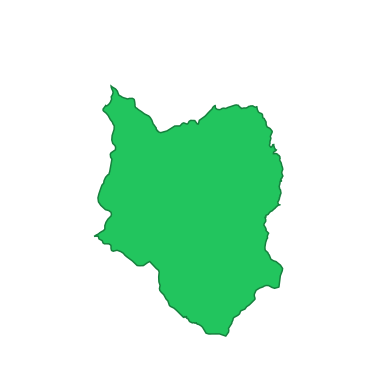 Baiut, Maramures, Romania (Albers equal-area conic projection), rotated 231°
{"feature_id": "2599482B43457010112871", "entity_name": "Baiut", "entity_type": "district", "adm_level": 2, "iso_a3": "ROU", "parent_name": "Romania", "parent_adm1": "Maramures", "projection": "albers", "projection_center": [24.002, 47.618], "detail": "fine", "context": "isolated", "style": "filled", "palette": "green", "viewbox_px": 384, "rotation_deg": 231, "n_neighbors": 0, "source": "geoboundaries", "source_scale": "gbopen_adm2", "svg_char_len": 6010}
<svg xmlns="http://www.w3.org/2000/svg" viewBox="0 0 384 384"><g transform="rotate(231 192 192)"><path d="M146.3,270.6L146.3,270.9L146.6,271.1L146.7,271.4L146.9,271.5L147.2,272.2L147.2,272.4L147.2,272.7L148.3,273.0L149.6,273.4L150.8,274.1L151.8,275.5L152.3,276.6L152.8,277.0L154.3,277.8L155.8,278.3L158.5,279.6L160.5,280.0L161.0,280.0L161.4,280.2L161.8,280.3L162.8,281.7L163.2,281.6L163.9,282.4L164.2,282.5L165.6,282.6L165.8,282.4L166.3,282.2L166.7,282.2L167.3,282.3L167.9,282.1L169.3,281.3L169.4,281.0L169.6,280.6L170.6,279.4L170.8,279.6L171.3,280.2L171.5,280.4L171.6,281.0L171.6,281.9L171.4,283.1L171.6,284.0L173.0,283.5L173.5,283.8L174.4,283.8L175.3,284.3L176.2,284.5L177.4,285.4L177.8,284.8L177.9,284.4L177.1,283.1L177.0,282.2L177.0,281.6L177.1,281.4L178.6,281.4L179.4,281.5L180.0,282.0L180.8,283.3L181.9,284.0L182.6,284.9L182.9,285.5L183.4,286.1L183.7,286.6L184.2,287.2L185.5,287.6L186.1,288.1L187.7,291.3L188.1,292.0L188.7,292.5L189.3,292.6L192.1,292.6L192.8,292.4L194.1,291.9L194.8,291.4L195.4,291.4L196.8,291.7L198.2,292.4L199.8,293.6L200.6,293.8L201.8,293.9L203.6,294.3L204.1,294.2L204.9,293.8L205.5,293.8L206.1,294.4L208.0,295.5L208.5,295.5L209.1,295.4L209.9,295.0L210.7,294.5L211.4,294.2L212.0,294.0L212.6,294.0L214.8,294.6L216.8,295.6L217.2,296.0L217.5,296.0L217.7,295.5L217.7,295.1L217.8,294.8L218.3,294.4L219.5,293.8L220.5,293.5L220.8,293.3L222.1,291.5L222.3,290.6L222.8,290.0L222.8,288.7L223.0,287.5L223.5,286.5L224.6,285.3L225.0,284.5L225.7,283.1L226.4,283.1L227.1,282.6L227.6,282.7L228.2,282.7L228.5,282.5L230.3,282.5L230.4,282.3L231.1,281.8L231.8,281.2L232.5,280.0L234.7,274.1L235.0,273.5L235.6,271.0L236.2,270.2L237.1,269.6L238.0,268.0L238.1,266.5L238.6,265.3L238.9,264.9L239.6,264.3L240.3,263.6L241.7,263.2L242.4,263.1L244.0,264.0L244.3,264.3L244.6,264.4L244.7,264.2L244.8,262.9L244.7,261.8L244.3,260.6L244.0,260.1L243.8,259.2L243.8,258.7L243.8,258.2L243.7,257.3L243.7,256.9L243.5,256.2L243.5,255.3L242.8,250.9L242.7,249.5L243.1,242.8L241.4,240.5L240.9,239.4L241.7,238.9L245.8,239.1L248.5,236.0L248.7,234.2L247.7,231.9L247.9,230.9L250.9,229.1L251.4,227.6L250.9,224.2L254.1,220.2L255.2,211.0L257.8,205.0L259.6,203.9L260.2,203.8L260.9,203.5L261.1,203.6L260.9,203.8L261.2,203.9L262.0,203.5L262.4,203.8L263.4,203.7L263.6,203.8L264.1,204.4L264.5,204.5L265.9,204.5L267.6,204.7L269.0,204.6L269.5,204.7L272.5,205.8L273.1,206.0L276.1,206.4L277.6,206.3L278.3,206.2L282.6,204.2L286.3,203.3L289.6,202.2L291.2,201.9L292.1,201.8L292.7,201.4L293.2,201.3L294.2,201.6L295.0,202.0L295.9,202.8L296.9,203.4L298.1,204.2L298.9,204.5L299.5,205.0L300.1,205.2L300.8,205.2L302.1,204.7L302.5,204.4L303.1,203.5L304.2,202.2L304.4,201.4L305.1,200.2L306.1,199.7L308.4,198.1L310.0,197.3L310.9,197.1L313.0,196.2L313.4,196.2L315.0,196.6L317.4,197.5L318.3,197.4L319.3,197.5L320.6,197.3L323.8,196.1L325.2,195.8L324.1,195.1L322.5,194.5L321.0,194.2L320.5,194.0L320.1,193.9L319.1,193.4L318.3,192.4L317.8,191.6L317.4,190.9L317.0,189.6L316.8,189.1L314.8,188.0L314.5,187.6L313.8,186.2L313.1,185.0L312.6,183.0L312.5,181.7L312.5,181.0L312.5,180.4L312.7,179.9L312.9,179.4L313.5,179.4L312.4,175.1L311.4,174.3L310.6,174.2L307.3,174.9L304.3,175.0L299.6,174.1L296.7,174.1L294.0,173.3L292.5,173.3L289.7,170.9L286.1,165.4L282.9,162.4L279.6,161.0L276.8,161.3L275.2,161.0L273.0,159.1L273.4,153.7L272.8,152.3L270.3,150.7L267.9,150.4L259.8,141.1L258.0,138.4L258.3,137.3L257.8,134.1L256.1,130.7L254.4,128.9L254.1,126.6L252.8,124.3L249.0,118.3L246.6,115.2L243.2,113.1L239.1,112.7L232.8,113.6L229.8,115.7L227.1,116.3L225.3,115.3L224.3,114.0L223.8,109.5L222.6,106.1L220.7,103.1L218.1,101.0L217.7,99.0L218.2,96.4L218.3,95.2L218.4,94.6L218.3,93.8L218.4,92.3L218.8,90.6L219.1,88.0L218.1,89.6L216.6,91.3L214.1,90.2L210.6,91.6L208.3,90.8L206.9,91.3L204.1,94.7L202.1,95.4L201.2,95.2L199.0,93.5L197.2,92.7L195.6,93.5L193.9,97.1L190.4,99.2L187.6,100.1L185.1,100.1L182.9,100.5L175.9,102.3L169.4,103.1L167.8,104.7L165.4,107.9L165.1,112.8L164.6,115.4L155.1,116.1L152.3,116.7L150.4,116.1L147.0,112.7L142.9,109.7L139.5,108.4L137.4,105.9L135.8,105.1L133.6,105.0L129.9,105.4L125.1,104.5L122.5,104.7L118.2,103.1L116.8,103.2L113.1,104.9L109.7,105.5L100.0,106.5L99.9,107.6L99.0,107.7L99.0,108.4L98.8,109.2L98.3,109.2L97.5,108.6L97.0,108.5L96.8,108.6L96.3,109.0L95.8,109.1L92.9,108.6L90.4,109.7L89.9,110.1L89.3,111.2L88.8,111.6L88.2,111.7L88.0,112.0L87.9,112.8L87.7,113.0L87.4,112.8L86.1,112.9L84.6,114.0L82.3,114.8L80.4,115.1L73.4,114.1L71.1,115.7L64.5,124.0L58.8,127.6L60.1,132.2L61.4,133.6L63.0,134.5L64.9,140.2L65.7,141.1L66.8,143.3L67.8,144.4L68.1,145.7L67.3,150.0L67.4,152.3L68.8,154.6L68.8,155.7L67.7,159.4L68.5,162.3L68.2,165.6L69.0,173.3L69.8,174.1L72.0,175.0L73.4,176.2L75.3,180.0L74.8,184.1L73.6,187.4L73.4,189.1L72.7,190.8L71.0,192.7L67.5,194.1L65.2,195.6L63.7,199.0L63.5,199.8L71.3,207.9L74.0,212.6L75.6,214.3L79.5,214.7L85.1,213.5L87.2,212.1L90.1,211.0L94.2,212.3L96.1,212.4L97.2,212.8L100.3,212.3L101.2,212.5L103.3,214.0L105.8,216.8L106.5,217.6L108.4,220.6L108.7,221.8L109.2,222.0L110.2,222.7L110.7,223.4L111.3,224.5L111.8,225.6L114.7,225.3L115.9,225.4L116.3,226.1L117.8,226.6L119.8,226.9L120.8,226.9L121.0,227.0L121.7,227.7L122.3,229.0L122.7,230.5L122.9,230.9L124.1,231.9L126.3,232.8L126.0,233.4L126.0,233.7L127.2,234.6L127.3,235.2L126.9,236.1L126.7,237.3L127.0,237.9L127.4,240.5L126.9,242.7L127.1,244.2L127.1,245.6L127.1,246.5L127.4,247.5L127.3,248.2L127.5,249.7L127.4,250.2L127.3,251.0L126.7,252.1L126.8,252.2L127.2,251.7L127.5,251.5L128.2,251.5L128.8,251.6L130.4,252.5L130.7,254.0L131.2,254.4L131.7,255.7L132.0,255.8L132.5,256.2L132.7,256.6L132.9,257.2L133.6,258.0L134.1,258.3L134.1,258.9L134.4,259.1L135.0,260.3L136.0,261.0L137.0,261.4L137.7,262.0L138.4,262.0L139.5,262.2L141.2,263.2L141.6,263.3L142.0,264.0L142.3,264.4L142.6,264.8L142.7,265.0L142.9,265.1L143.0,265.4L143.3,265.7L144.1,266.5L144.5,266.8L144.6,267.1L144.6,267.7L144.3,268.1L144.2,268.3L144.3,268.4L144.6,268.4L144.6,268.6L145.0,268.9L145.5,268.6L145.5,268.8L145.8,269.0L146.1,269.3L146.3,269.5L146.4,270.2L146.3,270.6Z" fill="#22c55e" stroke="#15803d" stroke-width="1.5"/></g></svg>